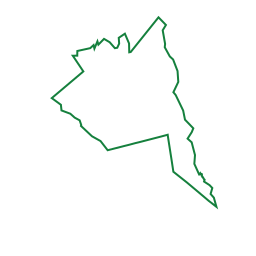 Lancaster, South Carolina, United States of America (orthographic projection), rotated 165°
{"feature_id": "52423323B10055621117527", "entity_name": "Lancaster", "entity_type": "district", "adm_level": 2, "iso_a3": "USA", "parent_name": "United States of America", "parent_adm1": "South Carolina", "projection": "orthographic", "projection_center": [-80.794, 34.767], "detail": "fine", "context": "isolated", "style": "outline", "palette": "green", "viewbox_px": 256, "rotation_deg": 165, "n_neighbors": 0, "source": "geoboundaries", "source_scale": "gbopen_adm2", "svg_char_len": 1443}
<svg xmlns="http://www.w3.org/2000/svg" viewBox="0 0 256 256"><g transform="rotate(165 128 128)"><path d="M193.9,176.6L186.8,167.8L187.7,162.2L180.0,156.7L176.8,151.8L172.7,147.9L172.4,142.9L172.9,142.2L164.9,129.3L157.9,122.5L153.4,111.8L137.7,111.6L136.5,111.6L131.6,111.5L131.1,111.5L124.7,111.5L121.2,111.4L110.0,111.3L98.2,111.2L96.6,111.2L91.4,111.2L91.6,109.8L92.1,105.3L94.3,84.8L95.5,74.0L89.1,65.4L85.1,60.0L80.2,53.0L72.3,41.7L68.7,36.5L68.6,36.4L63.0,29.0L63.1,38.5L65.3,42.9L62.1,48.2L64.0,51.7L68.4,56.6L67.4,58.2L67.5,58.4L67.8,58.4L67.8,58.5L67.7,58.7L67.7,58.8L67.9,59.1L68.0,59.3L68.1,59.6L68.2,60.0L68.3,60.3L68.2,60.6L68.3,60.8L68.4,61.1L68.7,61.3L68.8,61.4L68.7,61.6L68.8,61.8L68.8,62.0L69.0,62.4L69.0,62.6L69.2,62.8L69.2,63.0L69.0,63.4L68.7,63.6L68.7,63.9L68.6,64.3L68.7,64.5L69.0,64.7L69.2,64.4L69.2,64.2L69.3,64.1L69.6,64.4L69.7,64.5L69.9,65.5L70.1,65.3L70.3,65.2L70.5,65.1L70.7,64.9L70.9,64.7L71.1,64.6L71.3,64.6L73.2,76.2L70.3,84.5L70.2,97.7L73.2,102.3L67.5,107.5L65.0,110.8L70.8,121.3L70.2,130.6L73.4,147.5L74.9,150.8L67.5,159.5L65.4,170.2L66.7,182.5L69.1,186.3L71.6,196.5L70.4,199.6L69.2,213.4L64.7,217.7L69.9,227.0L105.7,200.7L107.2,200.8L105.1,209.4L106.6,219.9L113.6,217.5L114.7,211.8L117.6,208.3L120.0,208.5L123.5,215.6L128.1,220.3L135.0,216.2L135.1,219.6L139.9,213.4L139.8,217.0L143.8,214.9L157.0,215.5L158.3,211.0L162.6,212.1L156.5,194.2L193.9,176.6Z" fill="none" stroke="#15803d" stroke-width="2"/></g></svg>